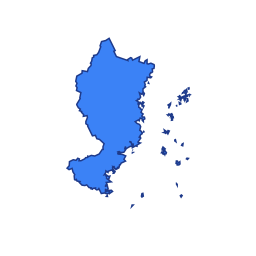 Mackay, Queensland, Australia (Mercator projection), rotated 57°
{"feature_id": "25037944B90195923531970", "entity_name": "Mackay", "entity_type": "district", "adm_level": 2, "iso_a3": "AUS", "parent_name": "Australia", "parent_adm1": "Queensland", "projection": "mercator", "projection_center": [149.075, -21.082], "detail": "fine", "context": "isolated", "style": "filled", "palette": "blue", "viewbox_px": 256, "rotation_deg": 57, "n_neighbors": 0, "source": "geoboundaries", "source_scale": "gbopen_adm2", "svg_char_len": 5899}
<svg xmlns="http://www.w3.org/2000/svg" viewBox="0 0 256 256"><g transform="rotate(57 128 128)"><path d="M168.4,186.1L169.7,183.1L171.7,181.6L172.1,179.7L172.9,179.6L172.8,175.5L171.2,175.8L170.1,177.8L171.1,178.0L171.6,178.5L170.1,178.1L170.8,178.6L169.7,178.8L169.7,180.8L168.7,182.1L169.3,180.4L167.6,181.1L168.1,180.6L166.6,180.1L168.8,180.4L168.2,177.8L165.8,177.0L164.5,177.4L164.5,178.4L165.3,178.4L164.5,178.6L163.7,177.4L164.3,176.4L161.8,175.9L164.0,171.4L159.5,173.1L160.2,171.7L158.5,169.4L158.0,170.7L155.5,171.8L156.8,172.2L157.2,172.7L154.7,172.2L154.3,173.3L153.2,170.8L152.0,169.9L154.4,169.0L153.5,168.2L154.4,164.3L156.1,164.3L156.6,163.5L157.9,165.1L158.3,164.4L157.6,162.6L154.1,163.2L152.8,162.5L153.4,161.7L152.2,161.6L152.9,161.0L152.2,160.4L154.8,161.5L155.2,160.6L156.2,160.8L156.4,158.3L155.7,158.8L155.4,157.8L156.0,156.7L154.3,155.2L154.7,154.6L153.7,152.8L154.4,148.1L152.0,148.5L150.2,145.1L147.1,147.1L144.5,150.5L143.7,150.3L144.8,148.5L142.6,149.3L142.9,148.2L144.6,147.5L146.1,144.7L144.9,141.7L143.7,142.1L142.1,140.1L144.3,141.5L144.6,136.0L146.2,134.5L142.0,133.3L140.0,134.3L141.1,133.1L144.6,133.7L145.1,133.2L143.9,133.1L144.4,132.4L146.9,134.8L147.1,131.4L148.2,130.4L147.2,129.8L147.3,125.8L145.7,127.3L145.2,127.3L143.4,122.8L142.2,122.6L142.2,123.3L141.8,123.6L140.5,120.9L140.5,119.2L138.2,118.6L136.3,119.4L133.7,116.6L131.3,116.4L129.0,118.0L126.6,118.5L126.9,114.7L128.0,114.7L126.3,112.4L127.7,111.1L129.3,111.9L130.9,111.6L129.5,110.8L129.5,108.9L127.8,108.3L126.6,109.9L125.4,109.9L124.5,107.7L122.0,108.6L120.1,106.0L118.8,107.3L117.8,106.9L116.5,107.7L114.1,106.2L114.3,104.6L113.2,103.9L113.5,103.2L112.6,104.6L112.8,106.0L111.7,105.1L109.6,106.0L109.8,104.0L109.3,103.8L110.0,102.8L109.0,100.6L104.7,99.3L107.0,98.2L106.6,97.1L109.2,97.1L108.1,95.5L105.4,95.5L103.3,94.0L103.0,90.8L101.9,91.1L101.1,90.0L98.3,89.2L98.5,86.2L95.9,84.3L98.3,81.6L98.0,80.4L96.6,81.5L94.9,80.8L93.9,78.6L94.5,78.1L94.3,76.8L91.6,75.5L92.2,73.8L90.3,72.1L89.0,71.6L86.1,73.5L85.4,76.2L84.4,77.0L81.1,74.8L81.0,77.0L82.5,79.4L78.2,82.6L74.6,79.2L73.6,87.2L71.3,86.8L70.4,87.5L70.4,91.2L71.3,91.4L61.8,98.8L55.9,98.1L56.1,96.6L42.5,95.0L42.5,99.0L41.1,103.1L43.9,106.7L45.0,106.6L48.6,111.5L49.6,114.3L48.4,117.3L49.8,118.0L49.7,119.8L52.2,122.1L53.2,124.2L54.2,123.9L55.5,125.1L56.4,128.8L58.6,131.3L55.0,135.2L57.0,136.8L56.6,142.7L60.4,146.4L62.7,146.4L64.4,148.8L66.4,148.7L68.5,150.8L72.6,148.2L76.5,152.0L77.2,152.0L80.2,158.1L81.1,158.4L84.0,158.6L86.2,157.7L87.0,159.3L88.9,157.9L89.5,158.5L92.6,157.9L93.9,159.1L95.3,155.6L97.1,156.3L99.6,159.8L101.5,161.0L103.7,160.1L104.5,160.8L115.2,162.1L116.4,159.3L120.0,160.0L122.1,158.1L128.1,156.6L130.2,159.3L132.4,160.5L131.9,161.2L134.1,166.3L133.4,171.1L131.0,173.7L130.5,176.5L129.7,177.0L130.7,177.9L129.8,179.7L130.3,181.1L129.8,185.3L128.8,186.9L127.5,185.6L126.0,186.6L126.8,189.2L124.8,191.2L124.3,195.4L127.6,197.8L128.5,201.0L130.8,200.1L131.4,196.9L135.0,198.1L138.1,198.1L138.8,199.2L142.1,200.9L142.9,200.6L143.0,199.3L144.7,199.7L146.7,197.5L147.0,198.5L150.9,197.7L152.8,195.5L153.2,193.6L156.8,193.1L158.1,191.5L158.7,192.2L160.0,191.1L159.5,190.5L160.6,188.0L161.1,188.6L162.8,188.0L163.4,186.7L162.9,185.4L168.4,186.1ZM131.5,69.1L133.0,64.7L134.6,65.4L134.3,64.3L135.2,64.3L133.2,62.0L133.7,60.9L132.8,60.4L133.1,59.5L132.2,61.3L133.0,62.1L132.2,62.6L132.4,64.4L131.7,63.9L131.4,66.6L129.8,67.3L128.5,66.7L129.5,67.7L129.2,68.7L131.3,68.0L131.5,69.1ZM186.5,104.0L184.5,102.9L184.7,104.9L182.7,104.5L182.0,105.4L183.9,107.0L184.8,106.4L185.8,106.9L186.7,105.4L186.5,104.0ZM167.8,111.8L166.6,112.7L167.0,113.4L167.6,112.5L168.6,112.9L169.1,111.7L169.6,112.1L170.4,110.3L169.6,109.2L166.8,109.4L167.8,111.8ZM127.3,60.2L128.3,62.1L130.1,61.1L131.3,61.4L130.1,59.6L128.9,59.8L128.2,58.9L127.3,60.2ZM164.0,110.6L164.4,110.1L165.0,111.1L165.4,110.5L166.7,111.2L165.8,108.2L163.0,109.0L164.0,110.6ZM151.9,95.8L152.9,97.8L154.7,97.8L153.0,95.0L151.9,95.8ZM192.5,153.9L193.5,153.9L193.5,152.3L190.9,151.1L190.6,152.0L192.5,153.9ZM114.7,103.5L116.5,103.7L115.3,100.8L114.1,101.3L114.7,103.5ZM153.4,99.9L152.0,97.6L149.5,98.6L151.4,99.1L151.2,100.5L152.5,99.1L153.4,99.9ZM139.5,85.9L138.4,86.0L138.6,86.9L140.5,85.7L140.4,84.7L141.4,85.7L141.0,83.6L139.8,83.5L139.5,85.9ZM133.7,83.3L131.5,79.7L130.4,78.8L130.6,80.0L133.7,83.3ZM143.3,86.1L144.1,84.4L142.8,83.9L142.0,84.5L143.3,86.1ZM213.3,121.0L214.9,121.1L214.2,119.4L213.2,119.7L213.3,121.0ZM134.5,71.1L136.3,71.9L136.6,70.8L137.2,71.0L136.0,70.3L134.5,71.1ZM165.6,95.3L163.6,94.6L163.5,95.2L164.3,95.8L165.6,95.3ZM171.7,92.5L172.7,91.8L171.0,90.3L170.9,91.1L171.7,92.5ZM185.7,95.8L186.8,95.2L186.4,93.9L185.4,95.0L185.7,95.8ZM194.8,166.5L195.9,167.7L195.4,165.6L194.8,166.5ZM128.3,56.2L128.5,55.5L127.5,55.0L127.3,55.9L128.3,56.2ZM138.0,62.9L137.1,62.5L136.8,63.1L138.0,64.4L138.0,62.9ZM144.8,85.9L144.4,86.6L145.2,87.3L145.6,86.4L144.8,85.9ZM173.3,182.2L173.6,183.3L174.2,182.5L173.3,182.2ZM133.1,59.2L133.9,58.5L134.0,57.7L133.3,58.0L133.1,59.2ZM202.9,118.0L202.0,117.4L201.1,117.6L201.5,117.9L202.9,118.0ZM130.5,81.9L131.0,81.8L130.2,80.8L130.5,81.9ZM116.8,103.8L117.8,103.5L116.8,103.0L116.8,103.8ZM117.8,103.0L118.7,103.5L118.2,102.6L117.8,103.0ZM132.9,69.0L133.8,68.9L132.9,67.9L132.7,68.0L132.9,69.0ZM171.3,111.6L171.0,112.5L171.3,111.6ZM127.6,58.5L128.5,58.3L127.5,58.0L127.6,58.5ZM135.7,75.8L136.0,75.1L135.7,75.0L135.7,75.8ZM128.2,63.0L128.5,63.4L128.6,62.8L128.2,63.0ZM139.5,116.7L139.8,117.2L139.9,116.7L139.5,116.7ZM135.1,62.4L135.7,62.5L135.7,62.2L135.1,62.4ZM151.2,137.8L151.2,137.2L150.9,137.6L151.2,137.8ZM148.6,136.2L149.4,135.9L148.6,136.2ZM138.7,87.7L139.3,87.6L139.0,87.3L138.7,87.7ZM117.6,104.4L118.0,104.3L117.4,104.3L117.6,104.4ZM101.5,86.6L101.8,86.3L101.2,86.2L101.5,86.6ZM135.8,65.4L136.1,65.5L135.8,64.9L135.8,65.4ZM135.0,59.2L135.1,59.8L135.0,59.1L135.0,59.2Z" fill="#3b82f6" stroke="#1e3a8a" stroke-width="1.5"/></g></svg>